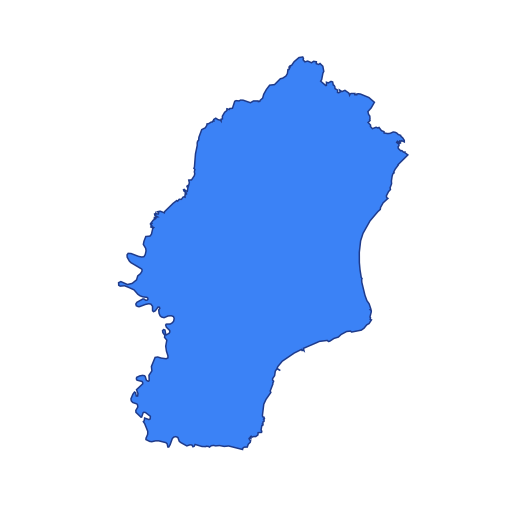 Tuban, Jawa Timur, Indonesia, rotated 101°
{"feature_id": "22746128B21203406788524", "entity_name": "Tuban", "entity_type": "district", "adm_level": 2, "iso_a3": "IDN", "parent_name": "Indonesia", "parent_adm1": "Jawa Timur", "projection": "albers", "projection_center": [111.881, -6.959], "detail": "fine", "context": "isolated", "style": "filled", "palette": "blue", "viewbox_px": 512, "rotation_deg": 101, "n_neighbors": 0, "source": "geoboundaries", "source_scale": "gbopen_adm2", "svg_char_len": 6102}
<svg xmlns="http://www.w3.org/2000/svg" viewBox="0 0 512 512"><g transform="rotate(101 256 256)"><path d="M84.2,270.5L85.7,275.2L90.6,277.6L95.8,279.3L99.8,279.6L102.5,281.7L103.5,281.8L104.0,283.2L103.4,283.5L104.3,288.1L106.6,290.7L105.5,298.3L105.9,300.9L107.0,302.2L107.3,305.2L108.2,306.4L115.5,307.3L116.3,310.0L117.3,310.3L116.9,313.2L117.3,312.6L118.7,312.3L120.9,314.2L125.2,315.7L127.8,315.1L128.4,316.4L130.2,316.0L129.5,316.8L129.4,319.3L128.4,321.8L130.1,323.6L131.6,323.1L131.7,324.1L132.8,324.5L133.1,325.6L135.1,327.7L135.7,329.3L137.1,329.2L139.8,330.2L142.3,333.4L150.3,334.7L153.2,334.4L154.4,335.2L156.2,335.3L158.6,334.8L167.2,334.9L180.5,333.4L181.8,333.7L182.6,332.5L185.1,332.6L187.0,331.8L189.0,331.9L193.6,333.8L194.3,336.5L196.9,335.4L200.5,335.7L200.0,336.7L200.7,337.1L201.3,336.9L201.3,335.9L205.5,335.8L205.4,337.3L204.3,339.2L204.8,339.8L206.0,339.1L207.3,336.6L207.6,337.1L208.3,336.3L208.7,337.1L208.9,336.6L210.0,337.3L211.8,336.9L211.6,337.9L212.2,338.9L214.6,340.0L215.0,342.2L217.1,343.4L216.7,344.4L220.1,347.4L229.9,354.2L231.1,354.2L230.3,358.6L231.3,361.1L232.2,359.8L233.4,359.9L233.6,361.8L232.9,362.5L234.2,362.5L234.3,363.3L233.5,363.9L235.4,363.0L236.4,360.1L237.5,363.1L238.6,363.0L237.6,361.8L238.3,361.5L240.4,363.7L244.0,365.5L244.0,364.5L245.4,365.4L245.8,364.6L247.2,364.7L246.8,364.1L247.6,364.2L247.9,363.5L247.3,362.8L247.6,361.8L248.7,362.6L254.6,362.8L256.7,363.9L257.9,367.9L263.0,368.8L266.1,368.8L269.6,365.7L272.0,364.9L275.7,365.0L278.1,365.9L278.8,368.0L278.8,371.2L277.4,379.1L277.8,382.0L279.5,382.8L281.8,382.2L285.2,379.3L286.4,377.5L290.6,365.8L291.3,365.2L292.9,365.1L295.4,366.1L298.1,368.3L302.2,368.7L306.5,372.3L308.5,376.7L306.9,383.8L308.4,385.8L310.9,385.2L311.5,383.6L310.3,379.4L311.0,375.6L312.5,369.3L316.1,364.7L317.2,362.2L317.7,359.2L317.4,355.2L317.9,354.2L319.2,353.8L320.2,354.6L320.5,355.8L319.6,357.6L319.7,358.8L324.2,364.1L326.1,364.8L327.7,364.0L328.2,361.9L327.9,360.6L324.6,355.2L323.3,352.1L323.3,350.0L325.1,348.0L329.5,347.1L330.2,345.9L329.0,344.4L324.8,342.4L324.7,341.0L325.8,340.4L327.5,341.2L330.8,340.2L333.0,338.7L333.9,337.1L334.1,334.5L331.6,330.8L330.8,327.8L331.2,325.5L332.9,324.4L335.7,324.4L337.5,325.4L339.1,327.1L340.0,331.1L341.0,331.5L343.0,330.4L345.6,326.5L347.0,326.1L348.4,326.5L350.5,329.0L349.8,329.8L346.1,331.2L345.8,332.6L347.1,333.5L349.0,332.8L351.4,330.3L353.3,330.3L355.6,327.5L361.8,327.4L366.4,325.8L370.8,323.4L372.8,323.0L374.0,324.6L374.3,329.6L373.9,333.2L374.8,335.7L384.4,337.6L388.6,336.3L393.5,338.3L398.5,337.1L399.4,337.5L399.4,338.6L398.7,340.0L395.5,341.7L394.8,342.6L394.8,344.5L395.9,347.3L397.9,350.0L399.5,350.0L400.6,349.1L400.9,344.0L401.8,343.1L403.1,342.8L410.0,347.8L413.6,345.6L416.1,345.5L416.3,346.8L413.2,348.1L412.7,349.3L415.2,350.5L420.1,351.5L422.0,350.8L423.3,349.1L423.9,344.9L424.5,344.0L426.8,343.2L430.5,344.5L432.4,344.0L436.2,338.1L435.9,337.5L431.4,336.9L430.8,336.3L430.7,334.7L433.5,329.1L436.1,328.8L437.0,329.9L436.3,334.4L439.0,334.3L440.1,335.0L441.8,333.3L448.8,328.8L451.7,328.3L455.8,329.2L457.2,329.0L458.3,325.0L458.2,322.9L456.6,319.3L456.0,316.3L456.4,308.9L457.3,307.4L460.3,306.1L460.2,305.2L457.6,304.3L451.1,303.3L449.4,302.1L448.6,300.3L449.0,298.1L452.6,295.9L453.5,294.2L455.6,287.7L453.9,284.7L453.8,282.8L455.3,281.5L454.6,280.4L452.6,279.8L453.3,272.7L452.7,268.9L452.2,268.6L452.0,266.2L452.5,265.3L450.7,263.6L450.0,261.4L450.1,259.5L449.0,255.6L449.0,250.9L447.7,246.6L448.5,232.3L447.4,232.4L445.9,231.1L445.2,228.1L442.3,227.7L439.9,226.1L438.1,226.1L437.6,227.3L436.4,228.0L435.7,227.5L436.0,226.2L434.2,226.9L433.8,226.1L434.5,225.2L433.7,223.9L433.3,221.8L431.3,220.0L429.0,220.2L428.1,216.9L426.9,216.9L425.8,217.8L422.9,217.9L421.3,217.9L421.0,217.1L419.9,217.5L420.1,216.5L419.6,217.2L417.6,217.5L416.9,216.6L415.1,216.8L414.8,217.4L413.8,216.8L413.5,217.3L412.8,217.3L412.5,218.8L411.2,219.3L400.0,220.1L394.8,218.8L387.1,215.4L385.8,216.3L378.4,215.0L377.2,215.3L376.1,214.8L375.4,214.9L374.8,216.0L373.2,216.3L369.9,214.9L365.3,215.1L362.7,213.9L363.8,210.3L362.3,213.9L360.4,213.5L354.3,210.2L343.9,199.9L339.1,193.6L340.4,192.4L339.7,192.6L339.8,192.0L339.1,191.8L339.7,190.9L337.6,191.8L327.7,177.4L325.3,170.0L326.1,168.5L325.6,167.4L322.0,163.7L319.9,159.7L316.8,157.5L312.8,152.6L311.7,148.9L312.4,147.6L308.7,138.5L306.3,136.2L302.5,134.2L300.7,132.1L296.7,130.5L296.5,131.8L294.8,131.8L294.2,132.5L288.8,132.2L287.7,132.4L286.9,133.7L286.4,133.0L281.4,135.8L278.7,138.6L273.7,141.6L261.7,147.1L259.0,147.8L257.9,147.6L257.0,148.6L249.6,151.3L242.7,153.3L232.7,155.3L221.1,156.2L213.4,155.3L199.8,150.8L189.1,144.8L186.6,142.9L184.5,143.0L179.6,141.4L174.3,137.5L173.7,138.9L172.1,139.5L167.5,138.2L165.1,136.7L163.5,137.4L159.2,136.7L156.5,137.4L151.9,137.6L149.4,137.4L148.0,136.3L147.5,136.9L144.3,136.0L139.5,133.7L139.2,134.0L127.8,126.2L126.0,129.9L125.6,129.8L125.9,131.0L124.7,133.0L125.1,134.0L123.3,136.8L121.7,137.4L120.4,136.7L119.0,137.0L117.7,139.6L116.4,139.1L117.8,136.1L117.4,135.7L116.2,137.0L115.6,136.9L115.5,135.2L115.0,135.0L115.7,132.2L114.2,132.5L111.9,134.7L110.9,136.6L110.0,137.0L109.6,139.5L108.4,141.4L108.0,143.1L108.1,145.0L110.0,147.7L110.7,150.0L110.8,153.7L109.5,154.1L109.0,156.8L106.3,159.8L107.1,160.7L106.7,162.7L108.8,166.0L107.0,168.4L105.7,168.5L103.5,171.5L101.3,169.9L100.6,170.5L99.9,170.2L96.9,171.0L95.5,172.5L92.9,173.7L88.7,171.2L82.5,169.1L78.9,175.4L77.1,184.3L77.2,186.6L77.8,188.0L78.5,187.9L78.8,189.8L77.6,189.9L78.3,193.6L78.9,194.5L80.3,194.8L78.4,195.9L76.4,200.3L78.2,203.0L77.2,205.5L78.9,204.6L80.0,205.9L79.9,207.2L77.6,207.5L76.6,210.4L74.8,210.9L73.6,211.9L73.5,212.7L70.5,214.0L70.3,215.7L72.3,218.1L72.0,220.0L75.1,219.4L75.4,220.0L72.0,225.9L70.5,225.2L63.8,225.2L61.8,224.7L57.0,226.6L54.8,229.9L56.0,231.0L55.7,233.5L53.8,233.8L53.9,236.6L55.7,238.4L54.8,242.5L56.1,245.0L54.4,247.2L53.0,247.1L51.7,248.1L53.0,251.7L57.9,255.6L62.2,257.5L62.6,258.7L64.1,259.6L64.7,259.5L64.4,258.7L66.6,259.2L66.9,260.2L71.0,260.0L73.7,261.0L76.4,263.8L77.3,265.9L84.2,270.5Z" fill="#3b82f6" stroke="#1e3a8a" stroke-width="1.5"/></g></svg>